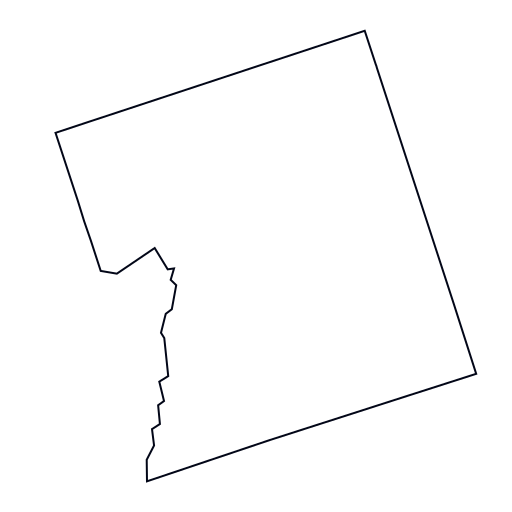 outline of Blue Earth, Minnesota, United States of America, rotated 252°
{"feature_id": "52423323B75233967611088", "entity_name": "Blue Earth", "entity_type": "district", "adm_level": 2, "iso_a3": "USA", "parent_name": "United States of America", "parent_adm1": "Minnesota", "projection": "albers", "projection_center": [-94.099, 44.056], "detail": "fine", "context": "isolated", "style": "outline", "palette": "ink", "viewbox_px": 512, "rotation_deg": 252, "n_neighbors": 0, "source": "geoboundaries", "source_scale": "gbopen_adm2", "svg_char_len": 578}
<svg xmlns="http://www.w3.org/2000/svg" viewBox="0 0 512 512"><g transform="rotate(252 256 256)"><path d="M75.9,429.0L149.0,429.3L396.2,429.1L397.5,429.1L399.7,429.2L401.3,429.1L436.6,429.0L435.3,139.6L435.1,103.4L363.3,103.6L342.1,103.3L321.2,103.7L289.8,103.7L282.2,118.2L294.9,162.1L270.6,167.9L269.5,174.2L259.7,167.5L252.9,171.1L231.4,159.5L228.9,152.3L212.3,141.9L206.3,143.4L168.9,135.4L166.4,125.2L146.5,123.7L144.3,116.8L125.9,112.7L123.5,103.6L107.3,100.5L96.0,89.1L75.4,82.7L76.7,212.2L76.2,356.8L75.9,429.0Z" fill="none" stroke="#020617" stroke-width="2"/></g></svg>